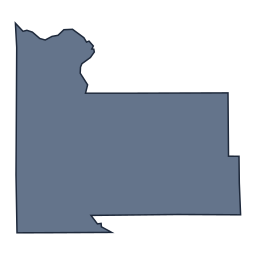 Morrison, Minnesota, United States of America (Albers equal-area conic projection)
{"feature_id": "52423323B29822013107164", "entity_name": "Morrison", "entity_type": "district", "adm_level": 2, "iso_a3": "USA", "parent_name": "United States of America", "parent_adm1": "Minnesota", "projection": "albers", "projection_center": [-94.357, 46.061], "detail": "fine", "context": "isolated", "style": "filled", "palette": "slate", "viewbox_px": 256, "rotation_deg": 0, "n_neighbors": 0, "source": "geoboundaries", "source_scale": "gbopen_adm2", "svg_char_len": 567}
<svg xmlns="http://www.w3.org/2000/svg" viewBox="0 0 256 256"><path d="M17.0,232.8L50.2,232.7L111.6,232.4L101.4,226.8L101.1,223.4L97.4,223.9L91.0,215.4L178.0,214.5L240.6,214.8L239.3,182.9L239.0,156.3L228.5,156.2L228.0,92.9L132.5,93.2L85.5,93.2L87.6,84.8L80.2,73.2L80.5,67.1L81.9,63.7L90.4,57.5L94.3,52.0L93.8,49.2L91.8,49.0L93.3,46.0L89.0,41.1L86.5,42.1L83.9,37.7L72.5,29.3L63.9,29.7L58.0,35.3L52.0,36.4L45.2,40.0L39.8,38.5L32.4,32.1L26.9,30.3L23.0,31.3L15.4,23.2L16.7,47.4L16.2,142.9L16.0,174.8L17.0,232.8Z" fill="#64748b" stroke="#1e293b" stroke-width="1.5"/></svg>